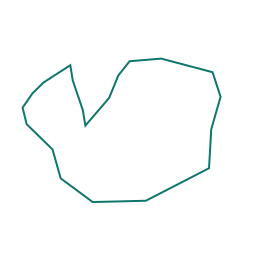 an SVG outline of Saint Philip, rotated 256°
{"feature_id": "ATG-5095", "entity_name": "Saint Philip", "entity_type": "Parish", "adm_level": 1, "iso_a3": "ATG", "parent_name": "Antigua and Barbuda", "parent_adm1": "", "projection": "natural_earth1", "projection_center": [-61.693, 17.064], "detail": "fine", "context": "isolated", "style": "outline", "palette": "teal", "viewbox_px": 256, "rotation_deg": 256, "n_neighbors": 0, "source": "natural_earth", "source_scale": "10m", "svg_char_len": 401}
<svg xmlns="http://www.w3.org/2000/svg" viewBox="0 0 256 256"><g transform="rotate(256 128 128)"><path d="M95.4,50.5L125.4,49.6L156.2,30.6L173.2,30.6L184.8,43.8L192.6,57.1L202.9,87.2L187.4,85.9L156.1,88.5L140.6,87.2L161.8,117.0L181.3,131.3L192.4,145.7L187.3,177.0L161.7,223.5L135.9,225.4L106.5,208.4L69.4,196.9L53.1,127.7L64.7,75.8L95.4,50.5Z" fill="none" stroke="#0f766e" stroke-width="2"/></g></svg>